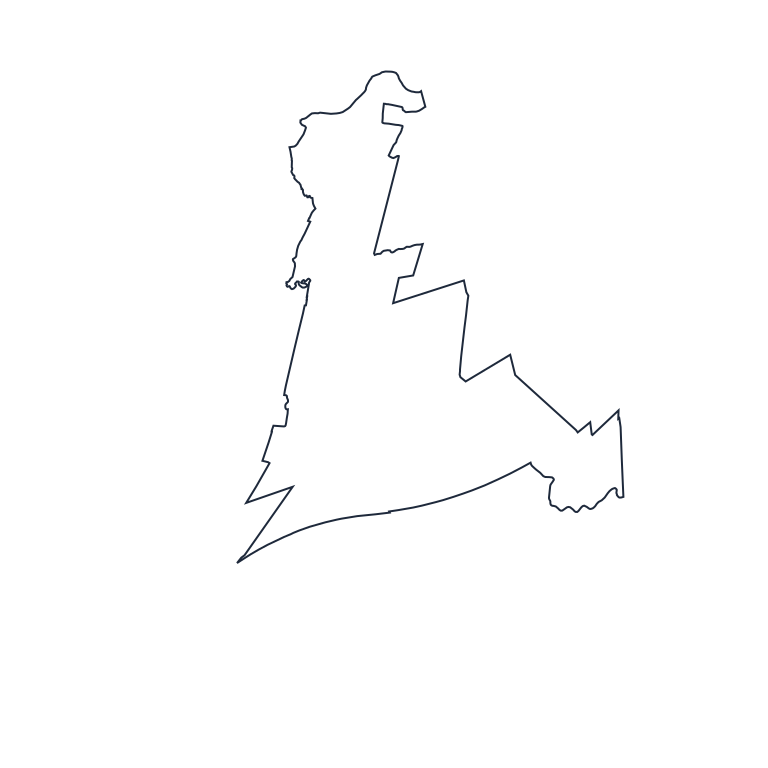 Ciorogarla, Giurgiu, Romania, rotated 136°
{"feature_id": "2599482B38423269325251", "entity_name": "Ciorogarla", "entity_type": "district", "adm_level": 2, "iso_a3": "ROU", "parent_name": "Romania", "parent_adm1": "Giurgiu", "projection": "robinson", "projection_center": [25.874, 44.434], "detail": "fine", "context": "isolated", "style": "outline", "palette": "slate", "viewbox_px": 768, "rotation_deg": 136, "n_neighbors": 0, "source": "geoboundaries", "source_scale": "gbopen_adm2", "svg_char_len": 6166}
<svg xmlns="http://www.w3.org/2000/svg" viewBox="0 0 768 768"><g transform="rotate(136 384 384)"><path d="M261.1,631.5L262.6,630.1L263.0,627.5L261.7,624.1L262.1,622.6L264.8,621.2L268.5,619.5L276.9,617.7L279.5,616.9L282.0,616.8L283.6,617.2L287.5,620.0L289.9,616.0L293.0,611.6L293.6,610.4L295.1,608.9L295.2,608.4L295.7,608.0L299.8,604.0L300.1,603.0L301.4,601.9L302.4,601.5L303.2,601.0L303.8,598.9L304.2,597.5L303.8,596.5L303.9,596.0L304.4,595.3L305.5,594.5L305.7,593.4L305.7,589.5L305.3,587.7L305.6,586.4L305.6,585.5L306.9,583.2L307.4,582.2L307.2,581.7L307.9,581.3L307.4,580.5L307.5,579.9L308.9,578.4L309.8,576.6L310.2,575.0L310.2,574.4L308.8,573.5L308.7,573.2L309.2,572.2L309.4,571.5L308.8,571.0L307.5,571.3L307.1,571.2L306.8,570.9L306.8,570.7L307.4,569.6L307.2,568.8L306.3,567.5L308.8,564.3L309.5,563.4L310.1,562.2L310.7,560.7L311.5,557.8L314.0,557.7L316.4,557.4L317.5,557.1L322.4,555.1L322.6,555.3L325.4,554.1L324.3,552.0L336.5,547.3L340.9,545.9L343.4,544.9L345.3,544.6L349.7,543.0L353.2,541.0L356.1,538.8L358.1,537.1L358.8,536.7L359.7,536.6L360.7,536.7L362.7,537.1L363.0,536.9L363.3,536.6L363.8,535.5L364.0,533.5L364.4,532.6L365.4,531.5L366.2,530.5L375.5,524.5L378.5,524.6L380.6,523.9L382.4,524.2L383.4,525.0L384.4,524.2L384.4,523.6L384.6,523.0L385.2,522.9L385.6,522.7L385.8,522.2L386.0,521.6L385.9,521.1L385.7,520.8L384.2,520.3L384.0,519.8L384.2,519.1L384.5,518.4L384.6,517.4L384.5,516.8L384.3,516.2L383.6,515.8L382.7,515.4L382.0,515.4L380.6,515.4L379.5,515.6L378.7,516.2L378.6,517.5L378.1,518.0L377.3,518.1L376.8,518.0L375.4,518.2L374.4,517.2L374.3,516.7L375.8,515.3L376.1,514.5L376.2,513.6L375.9,511.7L375.9,511.0L375.4,509.7L374.1,508.6L372.3,508.0L371.1,508.0L370.7,508.3L370.5,508.8L370.6,510.1L371.0,511.2L372.7,513.2L373.2,514.1L373.2,514.5L371.8,514.8L370.6,514.8L369.8,514.7L369.5,514.5L369.5,513.9L369.7,513.3L369.7,512.7L369.3,512.5L368.4,512.3L365.9,512.4L365.2,512.2L364.9,511.7L364.9,510.2L365.0,509.8L365.5,509.4L366.7,509.2L368.0,508.7L368.3,508.4L368.4,508.2L378.9,500.4L378.6,500.2L381.2,498.3L381.0,498.1L385.5,494.8L386.5,495.6L393.2,491.1L407.0,482.4L422.8,472.3L455.4,451.2L460.2,447.9L463.5,445.4L462.4,444.1L462.2,443.6L462.2,442.9L462.4,442.6L462.7,442.2L463.1,441.8L463.4,441.3L464.2,439.2L465.2,438.1L465.5,437.9L466.1,437.8L468.0,437.8L468.6,437.7L469.1,437.6L469.9,437.1L470.7,436.3L471.3,435.6L471.7,434.7L471.8,434.1L471.7,433.6L471.4,433.1L470.7,432.6L474.0,429.6L477.3,427.2L481.7,423.8L483.5,422.6L484.3,422.4L485.2,422.8L486.2,423.8L492.5,430.8L497.2,428.4L497.9,427.9L497.7,427.6L498.1,427.3L507.6,422.1L524.8,413.2L521.7,408.3L521.3,406.6L546.9,399.1L565.7,394.2L521.1,373.5L603.3,357.7L607.3,358.2L614.1,357.3L606.8,355.9L598.1,354.1L589.1,351.9L579.5,349.2L562.2,343.4L555.0,340.6L552.7,339.9L546.7,337.5L536.6,332.9L524.6,326.5L522.2,325.2L512.3,319.3L508.2,316.7L495.1,307.6L480.4,296.0L469.2,287.5L468.8,288.7L464.9,285.9L461.1,283.2L448.9,274.9L441.1,270.1L428.7,263.0L422.1,259.4L412.3,254.5L403.2,250.2L394.8,246.4L382.0,241.1L368.3,236.2L355.7,232.0L342.8,228.2L333.2,225.6L334.0,224.1L334.3,223.0L334.4,222.2L334.2,218.5L334.0,216.3L333.3,211.6L333.4,207.0L332.6,205.1L329.5,201.9L328.0,200.1L327.8,198.5L328.0,197.6L328.4,197.1L330.3,196.6L334.1,195.9L335.4,195.1L344.2,187.7L344.8,187.0L345.2,186.2L345.6,184.6L345.9,184.0L346.5,183.4L347.4,182.3L347.8,181.5L347.9,180.8L347.7,179.9L347.4,179.3L346.8,178.7L345.5,176.6L345.4,175.7L345.2,173.7L345.2,171.4L344.8,170.1L344.3,169.6L343.7,169.1L342.7,168.9L338.1,168.2L337.5,167.9L336.7,167.4L335.7,166.0L335.2,162.2L335.3,160.2L335.2,159.6L335.0,158.9L334.7,158.5L333.8,157.7L332.2,157.6L327.9,158.2L326.8,158.2L325.8,158.1L324.5,157.4L323.5,154.8L323.1,152.3L322.8,151.3L322.1,150.5L320.3,149.6L319.0,149.4L317.0,149.4L314.2,150.0L311.6,150.1L308.2,149.1L304.3,149.0L303.6,149.1L299.0,150.0L296.3,150.3L294.5,150.2L292.9,150.0L291.8,149.6L290.4,148.9L290.2,148.7L290.0,148.4L289.9,147.3L290.0,146.4L290.4,145.9L292.3,144.4L292.8,143.7L293.1,142.8L293.6,142.3L293.7,141.7L293.8,140.3L293.8,139.6L293.6,138.9L293.2,138.4L292.1,137.5L290.2,136.5L280.4,147.6L265.4,164.5L245.3,186.9L243.7,188.7L238.7,195.7L239.1,195.9L238.9,196.1L239.7,196.2L233.6,202.1L269.5,202.5L269.6,203.4L262.2,213.3L270.3,213.9L278.3,214.6L277.9,217.3L277.9,217.8L283.4,299.3L272.9,317.4L323.5,329.1L324.3,335.8L323.1,338.2L320.2,340.6L319.4,341.5L309.0,350.5L286.9,368.7L277.3,376.4L265.9,385.9L262.0,388.9L261.0,392.8L254.6,403.0L321.3,435.8L299.6,450.0L287.6,441.8L258.9,457.8L261.2,459.2L263.6,461.4L265.5,462.7L267.6,463.7L268.8,464.1L270.3,464.8L272.3,466.9L273.6,467.2L275.3,467.4L276.6,468.1L278.7,469.9L279.5,470.9L281.7,471.7L283.3,472.1L283.9,472.0L285.7,472.4L286.7,472.9L287.2,473.6L287.3,474.3L286.9,475.9L288.4,477.7L291.7,480.0L293.4,480.3L296.0,480.1L298.5,482.2L301.0,483.3L300.4,484.9L218.0,535.6L215.0,537.6L215.1,537.9L215.9,538.6L216.4,538.9L218.2,539.2L220.3,540.0L221.1,541.3L221.9,543.9L221.9,545.1L211.1,549.2L207.4,549.4L205.1,550.8L202.9,551.7L200.7,552.5L198.0,553.1L195.5,554.1L194.9,554.4L194.0,555.1L193.2,555.4L192.0,556.1L191.5,556.7L191.6,557.1L193.5,560.0L195.6,562.4L199.7,567.9L202.8,571.4L203.5,572.8L203.5,573.2L203.2,573.6L200.3,576.1L197.0,579.4L189.4,585.7L188.5,584.7L187.7,583.4L186.5,582.2L186.2,581.7L184.7,579.7L178.8,570.9L178.7,570.3L178.8,569.9L179.0,569.5L179.9,568.4L180.1,567.8L180.0,567.3L179.8,566.9L179.7,566.3L179.7,565.3L179.4,564.3L174.5,560.3L171.8,557.7L171.0,557.2L168.9,556.2L165.4,555.4L163.2,555.1L161.7,554.7L153.9,568.9L155.1,569.0L156.2,569.6L157.5,570.8L158.7,572.1L159.7,573.6L161.0,575.3L162.5,578.6L163.1,581.2L162.9,585.5L162.1,588.4L161.7,591.0L161.0,593.5L160.1,595.1L159.6,596.4L159.3,599.4L160.1,601.1L161.1,602.7L162.1,603.9L165.8,607.7L167.5,608.8L169.0,609.7L171.1,610.0L171.9,610.2L175.9,612.1L178.8,613.2L179.9,613.1L180.7,612.7L183.6,612.3L188.9,610.7L191.2,609.5L192.5,608.4L194.1,607.9L195.7,607.7L197.3,607.7L199.8,607.6L205.3,607.7L206.9,607.8L216.0,606.8L218.6,607.1L224.8,608.3L227.5,609.7L230.2,611.6L234.5,615.2L241.5,623.6L243.3,624.5L245.6,626.9L247.9,628.7L249.8,629.0L255.2,629.5L256.9,630.1L258.5,631.1L259.4,631.5L260.9,631.2L261.1,631.5Z" fill="none" stroke="#1e293b" stroke-width="2"/></g></svg>